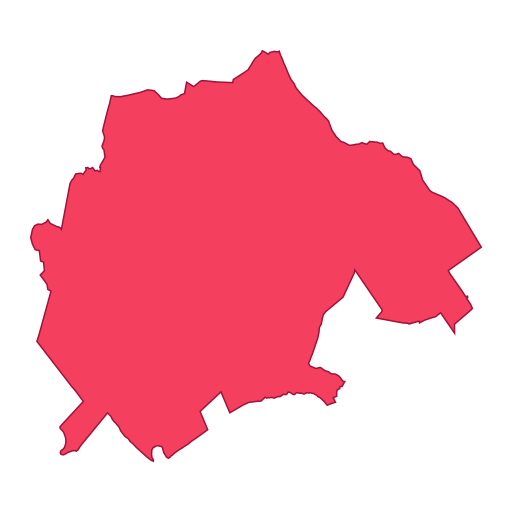 outline of Coxcatlán, San Luis Potosí, Mexico
{"feature_id": "50627088B1210945284029", "entity_name": "Coxcatlán", "entity_type": "district", "adm_level": 2, "iso_a3": "MEX", "parent_name": "Mexico", "parent_adm1": "San Luis Potosí", "projection": "equal_earth", "projection_center": [-98.903, 21.515], "detail": "fine", "context": "isolated", "style": "filled", "palette": "rose", "viewbox_px": 512, "rotation_deg": 0, "n_neighbors": 0, "source": "geoboundaries", "source_scale": "gbopen_adm2", "svg_char_len": 5296}
<svg xmlns="http://www.w3.org/2000/svg" viewBox="0 0 512 512"><path d="M472.4,308.3L471.9,307.4L470.7,304.5L466.6,298.2L467.3,298.1L467.7,297.3L467.5,296.2L466.4,296.4L466.0,296.3L465.3,296.1L461.3,289.9L449.9,273.7L448.3,270.5L481.3,247.2L459.9,211.4L457.9,208.0L451.8,202.2L448.6,200.3L444.6,197.6L434.5,193.2L432.5,192.4L431.1,191.5L429.7,190.4L422.4,179.7L421.6,176.4L419.8,170.7L413.4,164.5L410.8,158.6L410.6,158.6L407.2,157.2L402.9,156.9L401.7,156.1L398.6,153.4L396.6,154.1L395.3,154.4L393.8,154.3L390.4,151.2L389.5,151.1L389.1,151.0L387.9,150.5L386.8,149.7L385.1,148.1L384.5,147.0L382.7,143.0L380.3,143.4L377.3,142.2L369.7,141.5L367.0,144.1L363.9,143.5L362.1,142.7L361.5,142.8L359.2,144.0L355.3,144.4L354.8,144.6L353.9,144.8L350.0,145.3L349.0,145.1L345.4,143.2L343.5,142.3L340.9,141.5L337.3,137.7L336.6,137.3L335.2,135.1L333.3,132.4L331.9,130.2L328.6,121.2L326.9,119.0L324.0,116.4L323.6,115.9L319.7,111.3L315.9,107.7L314.2,106.4L311.5,104.0L306.2,99.1L301.7,94.8L298.7,91.2L295.8,87.5L294.5,84.4L294.1,83.6L292.4,81.4L290.7,78.9L288.4,73.9L287.3,71.2L284.8,65.1L283.9,63.5L281.8,57.8L280.9,56.1L280.0,53.7L279.3,51.2L277.5,51.9L274.2,51.3L273.6,51.6L270.0,52.4L269.7,52.5L269.0,53.4L268.3,54.2L267.2,53.6L265.5,52.5L264.3,51.8L262.3,50.8L261.6,52.2L260.8,53.6L258.5,55.6L255.4,58.2L252.6,62.3L250.9,65.4L249.3,67.7L248.2,69.8L247.6,70.1L245.6,71.6L233.3,79.5L232.7,82.6L217.3,82.0L207.5,81.0L202.2,80.6L200.3,81.2L193.8,86.6L186.6,82.2L184.5,93.6L181.0,94.8L178.6,96.7L175.7,98.1L170.7,98.7L167.1,99.1L161.5,98.3L158.9,95.2L154.2,90.7L147.7,89.8L140.3,92.4L126.9,95.5L122.8,96.2L120.9,96.7L115.1,96.6L113.3,95.9L111.3,95.6L109.6,103.6L108.2,108.3L106.4,115.1L103.1,128.4L102.7,131.2L104.5,136.7L104.3,139.7L103.3,142.8L102.4,145.0L102.0,146.1L102.3,147.0L102.6,148.0L104.0,150.1L104.8,156.2L105.2,156.9L100.3,165.4L99.8,167.4L100.6,167.8L100.5,168.2L100.2,169.0L100.1,170.2L100.2,171.5L98.9,171.5L98.4,171.2L97.4,170.3L95.0,171.0L93.4,168.5L92.5,167.5L90.9,168.6L90.6,168.8L89.9,168.5L88.7,168.6L88.4,168.4L87.9,167.5L85.8,167.8L86.1,170.0L85.8,170.5L82.9,174.5L81.5,173.5L80.9,173.3L79.1,173.4L77.3,173.7L75.8,173.9L74.7,175.8L73.8,177.9L71.9,180.1L70.0,183.6L61.4,229.4L60.1,227.7L57.6,226.6L57.2,226.8L50.2,223.4L47.9,219.7L46.1,222.2L41.6,224.4L37.9,224.1L34.6,225.7L32.5,229.3L30.7,237.6L32.4,244.0L35.2,249.7L39.3,250.7L40.6,261.0L43.6,262.2L43.9,265.2L44.4,270.7L40.2,275.0L47.0,284.2L47.8,289.4L51.0,291.1L39.2,334.1L36.9,341.4L65.2,378.0L71.2,385.9L74.7,389.9L78.3,394.6L83.3,401.5L70.6,415.2L62.3,424.2L61.4,425.2L60.0,426.8L60.0,427.9L60.5,428.7L61.3,429.7L62.2,430.5L63.6,432.2L64.1,433.6L64.6,434.7L65.1,436.3L65.6,438.1L65.8,439.6L65.9,442.1L65.6,443.9L64.8,446.5L64.1,448.0L63.0,449.3L61.8,450.0L61.0,450.7L60.3,452.3L60.4,453.2L60.7,453.9L61.3,454.5L63.4,454.8L64.8,454.3L67.7,452.6L72.7,450.7L74.3,450.7L75.7,450.7L76.2,451.2L77.8,450.1L80.6,445.7L107.5,413.0L108.0,413.4L110.4,415.8L110.9,416.5L111.6,417.6L111.9,418.6L114.0,421.6L116.2,423.6L117.0,424.8L118.3,426.1L119.3,427.7L120.7,430.9L124.3,435.6L125.3,436.7L127.4,438.0L128.7,439.2L129.9,441.3L132.9,443.7L136.3,447.4L146.6,456.7L151.3,460.4L153.2,461.1L153.4,461.2L153.5,459.9L153.0,459.1L152.0,457.7L151.6,454.8L151.8,450.1L152.8,448.0L156.5,445.8L158.1,445.8L161.0,446.5L162.2,447.0L163.8,452.7L166.4,457.0L168.3,458.3L169.9,457.3L171.0,456.0L172.6,454.9L172.9,454.5L175.0,452.8L177.0,451.2L180.0,449.2L182.2,448.0L182.2,447.8L184.9,446.1L188.2,444.0L191.4,441.3L192.0,440.9L194.5,439.2L200.7,434.8L207.7,429.7L200.1,411.4L209.7,402.4L221.0,391.9L229.8,412.8L242.9,405.1L248.8,402.4L258.1,401.2L259.7,401.3L261.3,400.9L263.2,399.0L263.8,398.6L264.8,397.3L265.3,397.3L266.7,398.1L267.4,397.8L269.5,397.8L272.2,397.4L273.6,398.1L274.7,398.0L275.9,397.3L278.5,396.5L279.8,396.7L280.5,396.4L282.9,394.6L283.4,394.4L283.9,394.4L286.1,394.6L286.5,394.3L287.2,393.7L287.9,392.4L288.1,392.1L289.3,392.2L290.3,392.7L291.2,393.1L292.6,394.2L293.4,394.5L294.1,394.6L294.6,394.5L296.0,393.1L297.1,392.6L298.7,393.1L300.0,393.2L301.1,393.1L303.3,393.9L304.2,394.0L307.2,392.7L309.2,393.1L310.3,392.7L310.7,392.7L311.9,393.3L312.2,393.4L313.6,393.5L315.5,394.7L316.0,394.9L316.5,395.1L317.2,395.7L317.7,396.5L318.1,396.8L319.8,397.5L320.5,398.1L322.1,399.6L322.7,400.2L323.3,400.6L324.8,402.1L325.3,403.0L326.1,403.9L327.2,405.2L332.1,403.3L335.5,402.3L333.2,397.6L334.6,397.1L336.7,396.3L336.7,391.7L337.3,390.0L338.2,389.3L339.7,388.7L339.9,386.8L341.0,386.4L341.5,386.3L342.0,386.6L344.8,381.5L343.7,381.4L342.8,381.0L342.2,380.3L340.1,377.3L338.4,375.7L335.5,374.1L332.2,373.9L331.7,373.8L331.1,373.7L330.3,373.2L329.1,372.1L328.1,371.6L327.2,371.3L325.3,370.9L323.7,369.8L320.9,367.7L320.5,367.6L320.0,367.5L319.6,367.5L317.4,368.1L316.1,368.4L315.2,368.2L310.0,366.0L309.4,364.8L308.5,363.3L309.8,360.7L311.6,355.7L312.3,354.2L317.8,337.9L319.0,332.0L319.1,330.6L319.2,328.9L319.3,328.1L319.9,326.5L321.3,324.0L321.4,323.5L322.4,318.1L323.2,315.2L323.7,314.2L324.5,313.3L325.6,311.8L326.9,310.6L343.0,297.2L354.2,273.1L354.8,269.9L381.9,309.5L382.1,311.3L376.3,318.0L402.6,322.9L407.5,323.2L409.1,324.0L417.0,321.7L418.5,321.3L419.3,321.3L419.3,321.9L419.5,322.9L424.3,320.3L431.0,318.0L435.3,316.8L440.6,312.8L454.6,333.2L454.5,324.2L471.3,309.7L472.4,308.3Z" fill="#f43f5e" stroke="#9f1239" stroke-width="1.5"/></svg>